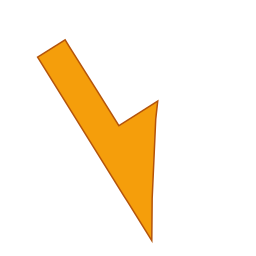 outline of Bir Moghrein, Tiris Zemmour, Mauritania, rotated 58°
{"feature_id": "47542326B49457561972338", "entity_name": "Bir Moghrein", "entity_type": "district", "adm_level": 2, "iso_a3": "MRT", "parent_name": "Mauritania", "parent_adm1": "Tiris Zemmour", "projection": "mercator", "projection_center": [-8.377, 26.182], "detail": "fine", "context": "isolated", "style": "filled", "palette": "amber", "viewbox_px": 256, "rotation_deg": 58, "n_neighbors": 0, "source": "geoboundaries", "source_scale": "gbopen_adm2", "svg_char_len": 320}
<svg xmlns="http://www.w3.org/2000/svg" viewBox="0 0 256 256"><g transform="rotate(58 128 128)"><path d="M183.8,167.5L190.4,167.4L236.1,167.5L200.5,144.8L166.7,121.5L135.2,99.8L120.9,88.5L121.2,134.5L80.0,134.5L27.8,134.7L19.9,134.6L20.0,167.1L183.8,167.5Z" fill="#f59e0b" stroke="#b45309" stroke-width="1.5"/></g></svg>